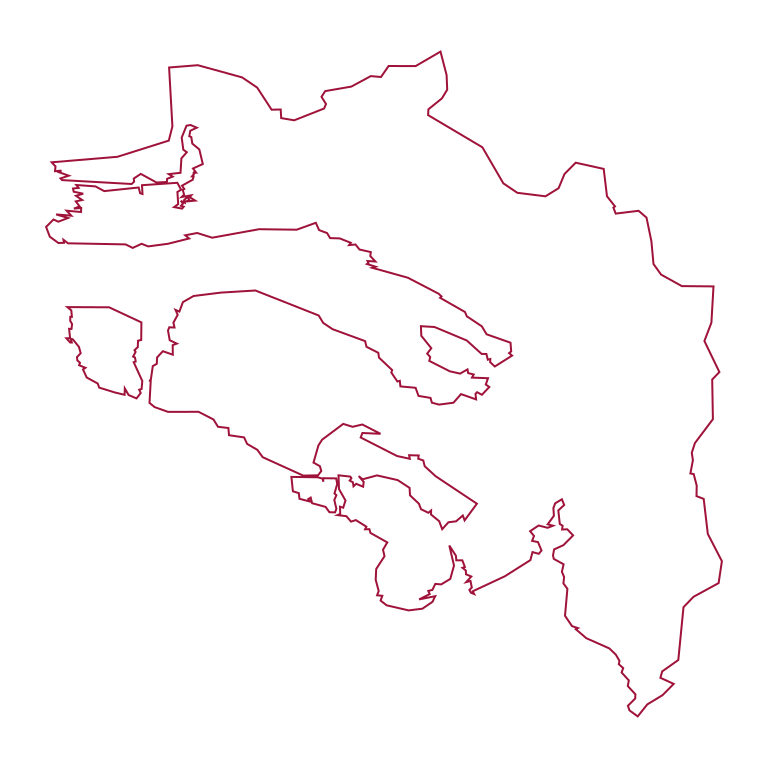 Hyllestad nor, Sogn og Fjordane, Norway
{"feature_id": "86288312B29957343323174", "entity_name": "Hyllestad nor", "entity_type": "district", "adm_level": 2, "iso_a3": "NOR", "parent_name": "Norway", "parent_adm1": "Sogn og Fjordane", "projection": "albers", "projection_center": [5.193, 61.176], "detail": "fine", "context": "isolated", "style": "outline", "palette": "rose", "viewbox_px": 768, "rotation_deg": 0, "n_neighbors": 0, "source": "geoboundaries", "source_scale": "gbopen_adm2", "svg_char_len": 6043}
<svg xmlns="http://www.w3.org/2000/svg" viewBox="0 0 768 768"><path d="M51.7,162.3L55.5,166.4L55.0,171.2L61.4,170.6L58.9,172.2L68.8,175.7L60.5,178.4L62.1,180.1L131.6,184.0L134.1,181.7L133.8,178.5L140.8,173.9L156.5,182.5L166.9,182.0L167.1,178.8L172.7,176.6L168.8,174.1L180.5,172.8L181.4,158.4L186.8,152.2L183.3,149.7L181.7,137.6L186.5,125.7L190.5,125.0L196.8,127.7L190.3,130.7L189.3,136.2L191.3,137.1L192.3,143.6L199.3,149.4L202.8,164.0L193.0,168.5L196.1,172.6L192.9,172.5L194.5,173.3L192.0,176.4L193.6,176.5L192.7,179.7L182.0,185.7L184.3,189.0L182.7,189.8L184.1,194.6L181.7,197.0L191.3,195.3L189.7,197.2L195.2,200.6L185.0,201.6L189.6,200.4L187.3,197.1L184.0,200.2L184.7,202.7L180.7,200.9L183.1,203.4L181.0,205.8L183.7,206.7L182.1,208.6L174.1,207.1L178.2,204.1L177.4,192.0L181.1,189.7L177.3,182.8L142.0,185.2L142.5,194.0L140.1,193.2L138.7,187.5L104.2,191.1L95.5,186.4L76.3,185.0L78.6,187.9L73.0,188.5L73.7,191.7L83.2,193.7L76.0,195.8L82.2,200.0L75.8,201.4L79.6,206.4L73.9,208.6L81.2,208.0L81.0,212.0L66.6,210.7L71.3,215.7L56.1,214.4L68.0,218.0L58.3,221.7L53.5,219.5L46.1,226.9L49.8,236.7L58.4,243.0L64.0,242.8L63.5,239.8L68.0,243.3L125.6,244.4L132.7,247.9L141.6,243.8L148.2,246.4L167.9,243.8L189.1,238.5L185.2,235.3L197.2,233.0L212.2,237.7L259.1,229.2L296.7,229.7L315.8,222.8L319.1,230.1L327.1,233.1L330.1,238.1L339.7,238.4L350.8,242.8L349.1,245.1L355.5,244.5L359.5,249.5L370.8,252.1L370.3,256.1L375.4,261.5L367.5,261.0L368.4,263.0L367.0,264.0L375.6,266.7L372.2,267.8L407.8,277.7L438.6,293.7L441.5,296.4L440.1,297.8L465.0,312.0L466.8,316.3L481.8,326.3L486.6,334.3L510.5,342.7L511.2,351.4L509.1,353.1L512.1,355.6L494.8,366.5L490.2,362.2L490.3,359.0L487.8,359.7L486.4,354.0L481.6,353.9L466.8,340.5L434.5,327.0L420.9,326.2L421.3,335.8L431.3,348.2L427.2,353.6L430.2,357.0L429.3,360.9L449.8,371.3L460.1,373.6L467.5,369.4L468.2,373.1L473.7,374.5L472.0,377.6L488.0,378.2L485.8,384.5L489.3,387.0L481.9,394.8L477.1,392.2L475.5,393.8L476.1,399.4L461.0,394.1L453.5,402.7L439.1,404.6L431.9,402.7L430.5,397.9L418.5,395.9L415.6,387.8L400.4,386.4L399.8,380.8L397.4,381.5L391.3,372.5L392.2,370.1L379.0,357.6L378.3,352.8L366.5,346.8L365.1,341.1L332.6,329.2L323.2,322.9L318.7,315.5L255.4,290.5L220.9,292.6L193.6,296.0L182.9,302.1L179.4,311.6L175.5,309.9L177.7,314.8L173.4,322.7L174.5,327.5L169.3,327.3L168.0,330.5L169.7,340.2L176.8,343.6L172.7,345.1L172.8,354.7L162.9,351.2L157.1,357.4L156.8,363.8L152.8,366.1L150.7,380.5L149.1,380.4L150.7,381.3L149.5,402.9L154.6,407.1L168.1,411.9L198.5,411.8L213.5,419.5L218.0,426.8L228.4,428.0L229.0,435.2L244.1,437.4L247.1,443.9L257.3,449.8L262.7,457.2L303.2,475.6L318.0,475.3L321.3,471.0L319.9,466.2L313.5,462.6L318.4,445.5L322.1,439.7L343.2,423.9L352.6,426.8L362.3,424.5L380.5,433.8L362.4,433.0L360.7,437.5L397.0,456.0L409.8,458.8L409.1,455.2L418.7,455.5L418.2,458.7L423.3,460.5L424.7,466.2L435.6,476.2L476.9,503.7L464.6,520.4L462.8,515.5L456.1,521.3L448.4,522.3L442.2,529.2L439.2,521.2L431.0,514.5L431.1,510.5L428.4,512.8L421.0,509.2L418.9,503.7L410.0,495.3L409.6,487.9L397.7,480.1L377.0,475.4L362.6,479.3L358.7,476.1L363.7,481.9L363.1,486.7L356.2,483.8L353.5,486.3L352.9,482.3L349.7,480.6L351.4,478.2L350.3,476.6L338.5,475.3L339.0,489.1L345.5,500.5L343.2,507.7L340.0,506.7L340.2,514.0L337.6,515.1L346.4,516.2L351.0,521.6L355.9,520.1L366.4,526.7L365.1,529.3L369.4,529.2L370.4,532.9L387.3,542.4L383.0,549.7L384.5,556.2L376.2,569.0L375.7,579.8L378.7,591.0L377.1,595.3L382.3,595.8L380.6,600.6L386.6,605.3L408.6,610.4L422.4,608.7L432.5,601.8L435.2,596.2L419.1,599.4L429.7,594.1L428.3,590.9L432.4,589.9L435.3,583.9L441.2,584.4L450.3,578.9L454.0,565.5L449.3,545.5L455.9,555.7L456.3,560.3L462.3,560.3L464.9,567.0L462.5,567.8L465.8,570.5L466.0,574.3L471.3,576.5L466.2,582.1L470.5,581.0L471.8,587.5L469.4,589.9L470.9,592.7L474.1,594.0L472.7,591.3L504.8,576.3L530.4,560.1L532.5,552.1L538.8,553.8L541.5,550.5L538.0,542.1L532.1,540.9L534.0,535.9L530.1,531.2L538.6,525.5L547.6,527.8L553.0,525.7L547.7,524.3L553.9,515.8L553.4,508.0L555.2,503.3L561.9,499.3L564.2,505.0L558.3,510.4L559.8,524.0L562.6,525.7L562.1,529.5L567.3,529.3L573.1,535.4L563.5,545.1L554.1,549.4L553.0,555.5L553.8,558.9L563.6,564.3L561.9,571.8L564.1,577.0L563.4,583.4L567.4,588.8L565.0,615.8L572.0,626.1L577.9,628.1L575.8,629.2L586.3,638.2L609.3,648.4L615.8,654.6L619.5,660.9L618.8,664.2L623.2,668.1L621.6,672.5L628.8,680.4L627.8,686.1L635.4,694.3L635.2,698.5L627.9,705.8L629.5,710.4L637.7,716.4L647.3,704.4L662.6,695.1L673.7,683.9L660.4,677.8L662.2,671.4L678.3,660.0L683.5,607.2L693.5,596.8L718.6,583.1L721.9,561.2L707.8,533.9L703.7,498.9L696.5,496.1L696.7,485.6L693.7,474.1L690.4,473.5L692.9,460.2L691.8,452.7L694.9,443.1L712.9,419.2L712.2,379.5L719.4,372.1L704.4,341.0L711.4,322.7L713.5,286.4L681.8,286.1L661.1,274.6L653.5,264.0L651.4,241.3L646.5,217.6L638.6,210.8L615.7,213.6L613.4,207.6L615.0,206.4L607.0,196.3L603.7,168.9L575.7,162.7L564.5,174.0L558.6,188.2L545.5,196.3L517.3,192.8L503.3,183.3L482.4,147.3L428.1,115.1L428.4,109.3L441.9,98.4L447.2,89.7L446.6,75.1L440.5,51.6L415.6,66.1L388.6,66.0L381.0,77.0L370.8,76.1L351.3,86.6L325.2,91.1L321.5,96.8L326.0,104.0L324.1,108.5L294.2,120.3L281.2,118.1L280.7,109.5L271.6,109.7L257.2,87.6L242.1,77.4L197.8,65.2L169.1,67.5L172.4,126.4L168.8,140.6L117.4,156.8L51.7,162.3ZM109.1,307.3L67.4,307.1L71.3,310.4L71.9,316.8L70.3,316.8L70.2,320.8L72.1,324.1L71.5,328.9L69.1,328.8L70.1,338.2L66.4,338.3L70.2,342.5L71.8,342.5L70.6,338.7L72.8,339.3L78.9,346.8L80.7,353.2L77.0,357.1L77.3,360.3L80.0,362.8L79.1,365.2L85.4,367.8L83.0,369.4L86.7,377.5L97.7,383.5L99.2,387.6L115.0,392.5L124.6,394.8L124.8,388.4L128.6,395.0L136.5,398.4L140.7,393.0L139.2,389.7L141.6,389.0L142.3,381.0L133.7,362.2L135.7,361.5L135.0,357.5L133.1,356.6L135.6,351.9L134.5,350.2L137.8,347.1L138.0,340.7L141.2,340.0L141.4,322.4L109.1,307.3ZM317.8,477.3L291.4,476.9L292.9,491.3L298.8,493.1L299.5,498.8L309.8,501.5L308.3,499.1L310.7,497.6L312.1,503.2L325.6,506.9L329.4,512.2L335.0,512.4L336.4,508.8L334.3,500.0L336.4,495.2L334.5,493.5L337.2,484.0L336.2,478.4L323.4,478.2L323.2,481.7L322.7,478.7L317.8,477.3Z" fill="none" stroke="#9f1239" stroke-width="2"/></svg>